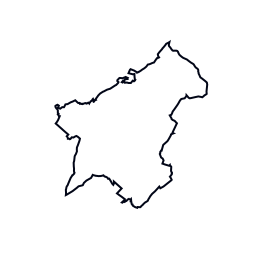 Snēpeles pag., Kuldigas, Latvia (Natural Earth projection), rotated 314°
{"feature_id": "27541924B13518565761243", "entity_name": "Snēpeles pag.", "entity_type": "district", "adm_level": 2, "iso_a3": "LVA", "parent_name": "Latvia", "parent_adm1": "Kuldigas", "projection": "natural_earth1", "projection_center": [21.939, 56.845], "detail": "fine", "context": "isolated", "style": "outline", "palette": "ink", "viewbox_px": 256, "rotation_deg": 314, "n_neighbors": 0, "source": "geoboundaries", "source_scale": "gbopen_adm2", "svg_char_len": 5513}
<svg xmlns="http://www.w3.org/2000/svg" viewBox="0 0 256 256"><g transform="rotate(314 128 128)"><path d="M121.1,195.4L122.1,192.5L122.1,192.0L125.0,191.7L125.2,191.3L126.0,191.1L126.5,190.5L126.5,189.9L127.0,188.8L130.1,186.1L130.3,185.7L130.0,184.5L130.5,183.8L129.4,183.8L128.7,182.4L127.4,179.9L127.0,179.0L126.3,177.5L129.4,176.1L130.1,174.2L129.8,172.3L131.4,168.9L132.5,168.6L133.0,167.9L134.8,167.5L135.1,167.9L139.9,165.3L140.3,165.1L140.7,165.1L145.9,165.5L148.0,165.1L152.5,163.9L152.9,163.7L153.2,163.4L153.7,163.5L155.7,164.4L155.3,163.4L156.8,162.8L165.4,159.9L165.4,158.5L165.6,157.2L165.4,156.4L165.3,155.7L164.8,154.6L164.7,153.2L165.1,152.7L165.2,152.4L165.4,151.7L166.1,149.3L166.3,149.4L166.7,149.5L166.9,149.8L167.5,150.0L169.4,149.4L170.9,148.7L173.4,148.4L175.9,148.0L178.5,147.6L180.5,147.2L183.9,146.3L185.9,146.2L187.1,147.0L188.7,148.1L189.9,148.0L191.6,147.8L192.2,147.3L191.9,150.6L192.2,151.7L193.1,152.4L196.6,154.7L199.6,156.7L201.7,159.9L201.7,160.0L203.0,160.3L204.4,160.3L206.3,160.8L207.2,160.9L208.8,159.1L214.3,154.8L215.5,153.1L215.4,150.7L215.0,146.7L214.7,144.9L215.7,142.5L216.2,141.0L216.7,140.5L216.9,140.2L217.5,139.1L218.0,138.8L218.7,137.9L218.9,136.9L218.6,134.8L218.7,133.8L219.0,132.5L219.4,131.1L219.3,130.1L218.8,128.0L218.4,125.0L218.2,122.8L216.8,119.0L216.5,117.0L216.4,115.1L216.4,114.1L216.7,112.9L217.6,110.8L217.6,109.8L217.1,108.9L215.4,107.2L215.0,106.9L214.7,106.2L214.8,104.8L215.3,102.4L215.4,100.7L215.8,100.0L216.9,99.1L218.6,98.1L217.7,97.9L215.1,97.0L213.2,97.3L210.4,97.5L209.1,97.5L208.6,97.7L204.2,97.9L201.8,98.2L200.8,99.6L200.5,100.1L200.4,100.4L200.4,101.1L200.4,101.3L200.2,101.3L199.4,100.9L199.1,100.8L198.7,100.4L198.5,100.5L196.7,100.5L195.6,100.8L195.3,100.8L193.2,101.2L191.6,100.3L190.5,99.9L188.7,99.1L187.4,98.2L185.3,98.5L184.5,98.5L183.4,98.4L182.0,98.2L180.1,97.7L179.1,97.5L178.2,97.4L177.0,97.1L175.7,96.8L174.8,96.4L175.0,96.3L174.3,96.0L174.3,95.8L173.6,92.6L172.1,89.0L171.2,89.0L169.3,89.7L167.8,90.3L169.4,93.1L169.8,93.8L169.9,94.1L171.3,95.1L169.4,97.1L168.5,98.2L167.4,99.7L167.2,99.8L167.3,99.9L167.0,100.0L165.7,99.8L165.5,98.6L164.3,98.6L162.4,98.8L160.8,97.2L160.1,95.9L159.7,95.4L158.4,94.3L158.9,93.1L157.9,92.6L157.0,92.6L156.7,91.7L158.9,91.6L159.4,92.4L161.1,92.1L163.0,93.7L163.7,92.9L163.8,92.9L163.1,91.0L163.1,90.9L160.0,89.5L158.4,87.4L158.1,87.2L157.9,87.1L156.1,87.1L155.1,87.1L154.4,87.6L154.4,89.3L153.5,89.6L150.7,89.6L149.7,89.2L143.9,87.9L141.0,86.3L137.3,85.1L136.8,84.8L133.4,84.0L130.7,84.0L129.6,84.2L126.0,84.7L125.9,85.4L124.6,84.9L123.3,85.2L123.1,85.1L123.8,84.2L124.2,83.6L124.3,83.3L124.6,82.6L124.2,82.6L123.6,82.7L123.4,82.8L122.7,82.9L122.6,83.0L122.4,83.1L121.6,82.7L121.3,82.6L120.1,82.9L119.4,82.9L118.9,82.9L118.7,83.0L118.8,82.0L118.7,81.8L118.4,81.7L118.0,81.8L117.9,81.8L117.6,81.6L116.9,81.3L116.7,81.2L116.5,80.7L116.6,80.3L115.5,79.5L114.8,79.2L113.7,78.8L113.8,78.8L113.6,78.7L113.5,78.4L113.5,78.2L113.4,78.2L113.2,78.0L113.1,77.9L112.9,77.8L112.8,77.5L112.8,77.4L112.7,77.3L112.6,77.1L112.3,76.8L112.1,76.7L112.3,76.4L112.5,76.2L112.4,75.7L111.4,74.9L111.3,73.3L111.3,70.8L108.5,69.8L106.6,68.9L103.1,67.9L102.4,67.2L101.5,66.6L99.4,67.3L98.5,67.5L97.3,66.2L94.8,65.8L94.0,63.4L96.0,62.8L95.9,61.8L95.7,61.1L94.3,60.6L93.3,60.5L92.6,61.6L92.4,62.6L92.3,63.2L92.4,63.8L92.0,65.2L91.4,65.9L90.9,66.2L90.8,66.3L90.3,66.9L90.1,67.5L90.0,68.2L89.1,68.0L88.8,69.5L88.5,70.1L89.0,70.7L85.1,72.2L84.1,72.4L83.5,72.6L81.0,72.9L81.2,76.4L81.2,77.1L81.4,81.6L81.4,82.4L81.6,86.6L81.7,87.7L81.8,89.6L79.5,89.7L79.5,90.3L79.1,91.5L78.8,91.9L78.5,92.2L79.5,93.3L79.5,93.9L80.1,94.2L82.2,94.0L83.3,95.4L85.0,95.8L86.4,96.4L86.8,97.9L87.0,100.8L85.7,101.6L85.0,102.0L84.3,102.3L83.3,102.8L82.9,102.9L82.6,103.1L81.9,103.4L80.8,103.9L79.0,104.6L78.5,104.8L77.0,106.1L75.7,107.5L73.1,108.6L71.4,109.0L70.6,109.3L67.9,111.4L66.8,112.2L65.3,113.0L62.7,115.7L61.2,117.5L60.2,118.4L59.5,119.0L59.3,119.3L58.9,119.9L58.8,120.4L58.3,120.5L57.6,120.9L57.6,121.0L54.9,121.0L54.9,120.9L52.1,121.5L48.2,123.0L46.1,123.8L44.7,124.4L43.5,124.5L42.6,124.9L41.1,125.9L40.4,126.2L39.3,127.4L37.9,128.9L36.6,129.9L37.8,130.3L40.8,131.1L44.2,132.0L49.7,132.8L51.3,132.9L51.8,133.0L55.2,135.1L55.3,135.1L55.5,135.2L57.9,134.4L61.3,134.6L66.4,136.1L66.5,136.1L69.8,135.2L70.1,136.0L71.2,137.9L71.2,138.0L71.8,138.7L72.4,139.5L72.9,140.2L74.2,141.5L75.6,142.5L76.9,143.2L76.8,144.3L76.9,144.9L77.2,145.6L77.4,145.7L77.7,146.6L78.0,147.8L77.6,148.9L77.9,149.3L78.5,149.7L77.9,152.2L77.0,155.3L76.9,156.9L78.5,156.4L79.7,155.1L80.1,165.4L73.3,165.5L73.6,167.9L74.1,171.0L74.6,175.2L73.7,175.5L70.5,175.3L70.2,175.3L70.3,175.5L70.4,175.8L70.8,175.8L71.8,176.1L72.0,176.2L72.2,176.7L72.3,176.7L72.6,176.9L72.9,176.9L73.2,177.1L73.4,177.0L73.5,177.1L74.0,177.1L74.2,177.3L74.3,177.4L74.4,177.5L74.7,177.4L74.8,177.5L76.3,177.5L76.8,177.6L77.3,177.8L77.6,177.9L77.6,178.1L77.7,178.3L77.8,178.9L78.2,179.5L79.0,179.5L78.7,179.9L78.3,180.2L78.0,180.6L77.8,180.8L77.6,180.9L77.2,181.0L77.4,181.3L77.2,181.5L77.1,181.9L76.6,182.4L76.6,182.5L76.4,182.8L75.9,183.5L75.9,184.5L76.0,184.6L75.8,184.8L75.7,184.8L75.5,185.7L75.8,186.8L75.9,187.6L76.2,188.3L76.3,188.7L76.7,189.4L76.9,189.9L77.0,190.1L77.8,189.8L79.5,191.8L79.8,191.9L81.3,191.8L83.0,192.0L84.0,191.9L86.0,192.0L86.6,192.1L87.9,192.5L89.4,192.8L90.8,192.2L91.5,192.1L94.4,191.4L97.4,191.1L101.1,191.4L105.0,191.3L107.6,191.2L107.1,193.1L110.0,194.0L110.7,194.2L120.6,195.5L120.9,195.5L121.1,195.4Z" fill="none" stroke="#020617" stroke-width="2"/></g></svg>